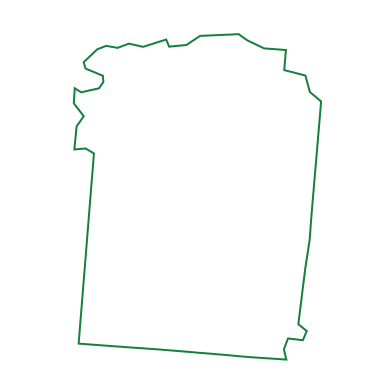 Wayne, Tennessee, United States of America, rotated 4°
{"feature_id": "52423323B60565520400225", "entity_name": "Wayne", "entity_type": "district", "adm_level": 2, "iso_a3": "USA", "parent_name": "United States of America", "parent_adm1": "Tennessee", "projection": "robinson", "projection_center": [-87.803, 35.248], "detail": "fine", "context": "isolated", "style": "outline", "palette": "green", "viewbox_px": 384, "rotation_deg": 4, "n_neighbors": 0, "source": "geoboundaries", "source_scale": "gbopen_adm2", "svg_char_len": 819}
<svg xmlns="http://www.w3.org/2000/svg" viewBox="0 0 384 384"><g transform="rotate(4 192 192)"><path d="M314.5,92.7L302.6,84.0L297.0,67.9L275.5,64.0L275.8,43.8L253.9,43.7L236.5,36.8L227.5,31.3L189.2,35.7L176.2,45.7L159.1,48.6L155.6,41.7L133.1,50.6L118.7,48.4L107.7,53.4L96.2,52.2L87.5,56.3L74.9,70.1L77.2,76.3L95.0,82.3L95.9,88.4L92.1,95.0L74.5,100.3L67.8,96.7L67.9,111.7L78.7,124.0L72.3,134.6L71.7,157.8L82.8,156.0L91.5,160.4L89.5,351.1L95.8,351.2L121.4,351.3L148.3,351.4L148.5,351.4L151.3,351.3L161.8,351.4L162.7,351.3L205.7,351.8L209.0,351.9L213.8,351.9L241.0,352.3L244.9,352.4L245.9,352.4L248.0,352.5L261.9,352.7L265.9,352.7L287.5,352.6L297.8,352.6L294.6,342.5L298.0,331.4L312.9,332.1L316.2,322.7L307.3,316.5L310.3,260.8L312.7,231.9L312.8,206.8L314.5,92.7Z" fill="none" stroke="#15803d" stroke-width="2"/></g></svg>